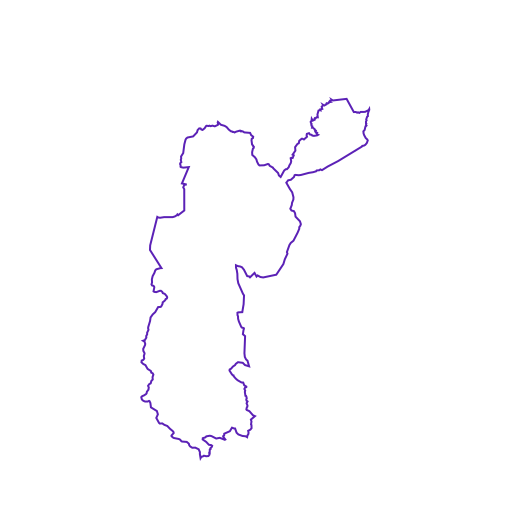 Zoquitlán, Puebla, Mexico, rotated 141°
{"feature_id": "50627088B95071614808340", "entity_name": "Zoquitlán", "entity_type": "district", "adm_level": 2, "iso_a3": "MEX", "parent_name": "Mexico", "parent_adm1": "Puebla", "projection": "albers", "projection_center": [-97.006, 18.385], "detail": "fine", "context": "isolated", "style": "outline", "palette": "violet", "viewbox_px": 512, "rotation_deg": 141, "n_neighbors": 0, "source": "geoboundaries", "source_scale": "gbopen_adm2", "svg_char_len": 6132}
<svg xmlns="http://www.w3.org/2000/svg" viewBox="0 0 512 512"><g transform="rotate(141 256 256)"><path d="M397.1,261.2L396.5,259.6L397.4,257.4L398.3,256.6L402.1,254.8L403.3,253.1L403.7,250.9L404.1,250.2L406.1,248.9L407.5,246.6L409.0,246.2L410.6,246.7L411.9,245.5L411.6,243.1L410.6,240.8L411.3,236.5L410.2,233.2L410.1,232.4L410.8,231.4L410.1,229.8L410.4,228.4L412.6,227.0L414.0,225.0L415.9,224.8L418.0,223.3L419.7,223.6L421.6,223.0L422.0,221.4L423.7,219.8L426.2,219.2L427.5,218.1L428.4,217.9L431.1,218.2L432.5,218.7L434.0,218.5L435.0,216.3L434.7,214.4L433.8,212.7L431.8,211.1L430.3,210.7L430.1,210.2L430.6,208.2L432.9,204.5L430.6,197.9L431.9,194.7L435.4,192.9L436.4,187.3L436.2,186.3L434.2,184.9L433.5,182.5L431.9,179.7L431.6,176.0L430.9,172.4L430.9,171.1L431.4,170.2L434.6,169.7L435.0,169.3L434.9,167.7L434.4,166.3L431.1,162.3L430.5,160.9L430.6,159.6L430.3,158.4L426.8,155.1L426.3,152.4L427.0,150.8L427.0,149.4L426.2,147.1L423.8,145.3L422.2,141.9L423.0,138.9L424.2,137.5L426.3,133.8L424.7,134.4L423.6,133.7L422.2,133.6L420.7,131.7L418.9,130.5L417.4,130.8L416.2,131.7L415.6,132.5L415.9,132.7L414.9,133.3L413.8,134.6L412.7,134.6L412.5,135.3L410.4,135.5L409.5,136.1L409.8,137.2L411.4,138.9L411.7,142.9L412.9,147.0L412.0,147.9L409.5,146.9L408.1,147.1L405.0,145.4L403.9,144.0L401.8,139.2L398.6,137.5L395.9,132.8L395.3,132.7L395.2,136.3L394.8,136.7L393.7,136.6L392.5,137.9L386.6,136.3L382.7,137.7L381.6,135.8L380.8,135.1L382.3,130.9L382.0,128.4L379.8,124.7L377.5,122.4L376.9,120.8L375.8,121.8L373.9,122.5L372.9,123.5L372.1,125.1L369.7,124.6L367.8,125.0L365.9,127.5L365.9,128.2L363.7,130.2L362.9,132.1L357.6,132.2L358.6,134.2L358.8,139.6L360.1,142.2L360.0,142.9L358.3,144.2L357.6,144.3L356.7,145.2L356.0,147.5L354.1,148.3L354.4,149.6L353.7,150.8L352.8,151.2L352.1,152.5L351.8,153.5L352.2,154.0L350.2,157.4L349.1,158.2L348.7,160.0L347.3,160.6L346.1,160.2L345.7,160.6L346.5,163.0L345.6,165.7L346.9,166.9L348.5,171.1L348.9,173.5L349.0,176.6L348.6,177.3L349.1,178.0L349.2,179.3L348.7,183.6L348.4,184.0L347.8,184.4L346.3,184.1L343.6,184.6L340.9,184.4L339.6,184.9L336.8,184.8L333.5,181.3L333.2,178.2L330.8,174.6L328.5,180.0L328.8,181.9L328.2,184.6L326.2,187.7L314.9,200.6L315.4,203.5L312.2,206.4L311.1,207.1L310.9,207.7L312.1,209.4L312.0,210.5L310.5,215.9L309.4,218.5L307.9,220.5L307.6,221.7L306.1,223.6L305.3,223.4L302.0,221.0L296.0,226.3L290.1,232.9L289.9,234.9L286.9,246.0L284.9,249.7L281.7,253.9L279.8,257.2L278.9,259.5L277.4,261.4L276.5,259.6L274.9,257.8L274.0,256.1L274.0,252.9L275.5,245.9L274.2,244.5L274.1,243.2L267.8,243.8L268.5,239.7L267.0,239.9L265.8,236.9L263.9,234.8L252.0,228.7L239.8,232.5L235.7,235.3L230.1,238.0L229.5,239.6L223.1,243.5L220.7,244.3L217.3,244.3L209.1,247.9L205.3,249.9L204.2,251.2L202.6,251.6L201.1,252.5L200.0,255.3L200.5,261.7L198.7,264.7L198.3,267.0L199.8,269.0L199.6,271.1L196.1,273.1L194.6,274.6L191.4,276.4L189.9,278.1L187.8,282.7L187.5,286.7L186.3,293.9L183.3,294.6L181.0,293.3L176.8,293.5L175.1,294.5L174.3,294.2L172.0,291.9L170.1,290.7L162.7,287.4L158.9,285.2L156.0,284.0L155.1,284.3L152.8,282.8L151.5,282.8L150.7,281.2L143.9,280.4L132.5,278.1L104.9,274.4L104.1,274.7L102.8,273.9L101.1,273.6L98.7,274.1L96.4,275.5L96.2,276.6L96.5,278.6L95.9,281.8L95.3,283.5L94.1,285.3L92.2,285.6L89.7,287.6L88.3,287.8L88.5,288.3L87.0,289.4L87.1,289.8L85.9,291.3L84.6,291.9L84.4,292.8L82.0,294.3L81.0,294.3L80.1,295.6L78.2,297.1L76.0,298.3L75.6,298.9L76.6,298.5L80.6,299.4L84.0,302.1L85.7,302.2L86.3,303.5L87.2,303.7L87.8,305.1L89.4,306.3L86.7,321.1L98.4,328.5L98.8,329.7L98.9,329.2L100.5,330.1L101.6,329.9L101.3,328.9L102.0,329.3L103.7,329.2L104.5,329.9L104.6,329.5L106.1,329.9L106.2,329.6L108.3,330.0L108.8,331.4L108.9,330.9L111.0,330.7L111.9,328.6L113.8,329.5L114.2,328.6L114.7,329.3L115.9,329.7L119.2,327.3L120.7,324.9L121.6,325.7L123.1,325.5L123.5,326.1L124.3,325.8L124.7,325.0L126.7,325.5L126.4,327.5L127.9,326.0L128.9,326.0L129.5,325.1L129.7,323.6L130.2,323.5L130.9,322.3L130.6,321.3L131.6,320.5L131.1,320.2L130.6,317.4L131.0,316.9L130.6,315.8L131.6,315.4L131.1,313.7L131.7,313.8L131.7,311.9L131.4,311.1L132.6,311.3L135.4,312.9L136.5,314.2L136.5,315.2L137.6,316.4L137.5,318.1L139.6,318.9L140.7,318.0L141.3,316.6L145.4,316.4L146.1,317.9L146.7,318.4L149.9,318.3L151.8,316.7L153.3,317.0L157.1,316.0L159.1,313.1L163.8,311.7L163.3,310.5L165.9,309.1L166.7,310.1L167.5,310.2L169.0,307.5L170.6,306.3L173.1,305.4L174.7,304.4L177.3,304.0L178.3,304.7L180.3,304.7L187.1,301.9L187.5,304.2L186.6,306.6L187.4,313.4L187.2,314.0L188.6,317.5L188.3,319.1L188.8,320.0L192.6,321.4L196.3,324.2L196.5,325.6L195.8,328.8L194.9,330.8L194.7,333.4L195.3,336.9L193.7,339.1L190.8,341.4L189.9,341.4L189.0,342.1L189.2,342.9L188.8,343.5L188.9,345.1L186.7,348.7L185.5,349.8L184.1,349.6L183.1,350.5L183.7,353.0L183.1,355.4L187.3,359.4L187.9,361.3L188.6,361.7L188.7,362.3L189.5,362.6L189.5,363.5L193.1,365.1L194.9,365.5L195.3,366.5L196.2,367.2L196.3,368.0L197.0,368.7L197.6,371.4L197.7,374.7L198.5,376.9L200.7,380.1L201.2,384.2L201.7,383.9L202.4,382.3L203.1,381.9L206.4,382.7L207.8,384.7L209.6,385.5L210.2,386.6L211.0,386.8L212.4,388.3L213.0,388.4L215.6,387.6L218.2,387.6L218.9,388.7L218.8,390.0L219.8,390.9L222.1,390.6L224.1,389.2L229.6,388.5L234.7,391.2L236.4,391.2L237.6,390.7L241.4,387.9L247.8,381.8L251.6,380.5L252.9,378.7L253.9,378.1L255.0,375.9L256.1,375.9L257.1,375.3L257.5,374.0L258.5,372.8L258.4,372.3L256.9,370.4L252.3,367.4L267.9,359.0L264.9,355.2L266.9,356.4L269.3,355.2L269.7,353.1L283.1,336.5L290.8,336.7L290.9,337.8L291.8,337.5L294.2,337.8L296.4,338.7L302.9,344.0L306.5,346.1L307.7,347.4L308.1,348.5L331.5,330.9L334.6,327.4L337.1,306.1L338.1,306.8L341.8,308.4L343.4,308.2L345.6,306.8L349.0,305.4L351.6,303.4L353.5,300.8L355.1,299.7L355.3,298.5L354.5,297.4L354.4,296.4L354.8,295.6L357.9,293.0L357.6,292.1L356.3,290.7L352.7,289.5L351.8,288.8L351.4,287.1L351.8,285.8L350.8,284.1L350.7,283.1L350.7,280.6L351.0,279.8L352.0,279.1L353.3,279.4L353.8,279.0L355.3,278.7L357.7,278.7L358.8,277.6L361.0,276.6L362.1,276.4L364.2,277.9L369.7,275.8L373.0,275.6L376.6,274.6L379.3,272.1L384.6,268.5L385.4,267.6L386.0,266.3L388.9,264.9L389.9,263.6L391.7,262.9L392.6,261.6L395.3,260.6L397.1,261.2Z" fill="none" stroke="#5b21b6" stroke-width="2"/></g></svg>